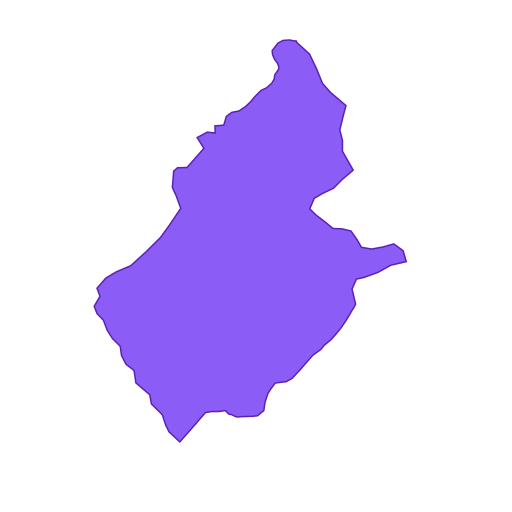 Ormideia, Cyprus, rotated 129°
{"feature_id": "46923920B71817476426158", "entity_name": "Ormideia", "entity_type": "district", "adm_level": 2, "iso_a3": "CYP", "parent_name": "Cyprus", "parent_adm1": "", "projection": "equal_earth", "projection_center": [33.784, 34.997], "detail": "fine", "context": "isolated", "style": "filled", "palette": "violet", "viewbox_px": 512, "rotation_deg": 129, "n_neighbors": 0, "source": "geoboundaries", "source_scale": "gbopen_adm2", "svg_char_len": 1869}
<svg xmlns="http://www.w3.org/2000/svg" viewBox="0 0 512 512"><g transform="rotate(129 256 256)"><path d="M323.3,150.6L320.5,150.4L318.8,150.2L307.7,149.8L297.3,149.4L287.8,146.8L284.8,146.8L282.5,146.8L273.5,145.0L266.0,144.7L257.8,144.7L249.9,145.4L243.6,146.2L238.7,147.0L234.0,147.6L230.7,148.3L227.4,152.6L221.2,160.6L210.7,163.4L204.6,158.5L191.7,150.8L178.4,145.5L165.8,135.7L159.3,145.0L159.9,156.5L169.2,163.1L177.8,170.5L182.9,179.5L179.9,187.2L176.8,197.9L180.8,206.3L186.1,213.4L186.1,225.3L186.4,235.5L185.5,243.9L174.6,247.0L165.9,243.8L154.4,238.4L142.4,237.2L128.1,234.5L122.6,248.6L120.2,254.7L111.8,261.5L105.3,270.2L91.4,276.8L82.5,280.7L82.0,301.1L80.0,313.0L72.3,327.0L65.4,341.4L64.4,358.5L63.6,360.2L64.9,361.8L67.0,365.9L71.5,370.7L76.6,372.9L86.2,372.7L89.2,369.7L91.5,365.2L92.8,360.3L94.8,357.2L96.6,356.0L103.4,355.4L107.1,353.2L111.8,352.5L118.5,353.6L124.3,356.3L132.7,357.2L139.6,357.3L146.6,358.2L154.2,360.6L159.6,365.2L166.2,366.9L174.6,363.4L180.7,369.8L186.1,365.1L190.4,371.8L201.0,376.3L205.1,364.3L213.9,364.6L230.6,365.3L236.8,372.5L241.9,373.4L243.7,372.1L255.4,364.1L259.5,355.8L266.3,344.5L286.1,342.7L301.8,341.9L321.9,344.1L342.3,347.2L356.0,354.5L367.5,358.8L381.1,359.3L385.5,351.9L396.9,350.1L400.8,343.3L402.0,334.0L407.2,325.2L410.5,315.5L411.6,304.7L417.9,298.0L422.0,288.8L421.7,278.7L430.2,269.5L430.7,251.3L436.8,244.1L438.3,228.9L444.2,219.8L447.4,212.9L448.4,198.8L448.4,198.2L429.5,197.4L429.3,197.4L429.5,197.5L424.4,197.2L416.4,197.0L414.5,196.9L409.5,196.7L405.1,192.9L400.3,187.1L395.5,182.6L395.9,178.2L396.0,177.3L394.7,175.4L393.7,170.9L392.9,169.3L391.3,167.4L390.2,166.4L383.7,158.9L382.6,157.6L379.1,154.2L375.3,153.5L371.3,152.6L364.0,156.9L360.8,158.2L355.4,160.2L350.1,160.8L343.0,161.1L342.1,160.6L334.6,153.4L328.3,150.9L323.3,150.6Z" fill="#8b5cf6" stroke="#5b21b6" stroke-width="1.5"/></g></svg>